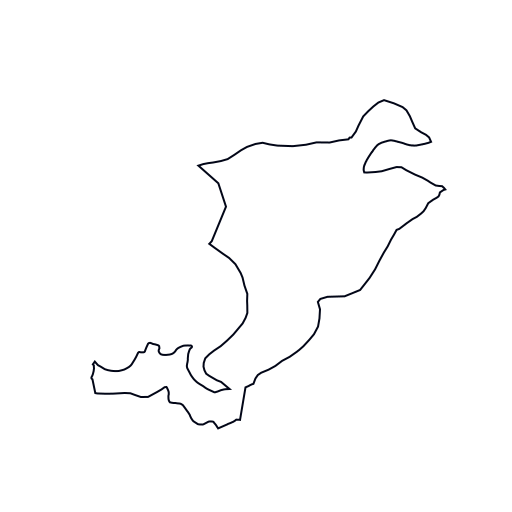 Monchy/La Borne, Dauphin, Saint Lucia (Natural Earth projection), rotated 310°
{"feature_id": "8701671B33864037616544", "entity_name": "Monchy/La Borne", "entity_type": "district", "adm_level": 2, "iso_a3": "LCA", "parent_name": "Saint Lucia", "parent_adm1": "Dauphin", "projection": "natural_earth1", "projection_center": [-60.921, 14.047], "detail": "fine", "context": "isolated", "style": "outline", "palette": "ink", "viewbox_px": 512, "rotation_deg": 310, "n_neighbors": 0, "source": "geoboundaries", "source_scale": "gbopen_adm2", "svg_char_len": 6048}
<svg xmlns="http://www.w3.org/2000/svg" viewBox="0 0 512 512"><g transform="rotate(310 256 256)"><path d="M47.7,221.0L48.7,222.8L53.7,229.2L58.4,234.7L63.1,239.7L66.6,243.4L70.1,248.0L71.7,252.5L74.0,258.5L78.7,263.9L88.1,267.6L93.1,269.4L96.7,270.3L98.1,271.6L97.9,272.3L97.5,273.3L97.2,273.8L96.8,274.7L96.3,275.6L95.7,276.5L95.1,277.1L93.9,278.1L92.9,278.6L92.2,279.1L91.6,279.6L91.0,280.2L90.4,280.7L89.8,281.4L89.2,282.3L88.8,283.2L88.6,284.2L89.0,284.9L89.4,285.7L90.5,287.5L91.6,288.8L92.6,290.5L94.0,292.5L94.4,293.4L94.6,294.4L94.7,295.6L94.7,296.3L94.4,297.2L94.2,298.2L93.9,299.4L93.3,301.7L93.0,302.8L92.8,303.9L92.2,305.9L92.0,306.5L91.7,307.4L91.0,308.6L90.7,309.3L90.1,310.6L89.3,313.3L89.2,314.4L89.3,315.2L89.5,317.0L89.7,318.0L89.7,319.2L90.1,320.1L91.0,321.5L91.6,322.1L92.3,323.1L92.9,323.7L94.1,324.3L94.9,324.6L96.1,325.1L98.1,325.9L99.0,326.4L99.5,326.9L100.3,327.8L101.2,329.1L101.6,330.0L101.3,331.1L100.9,333.5L100.5,334.9L100.1,336.0L99.9,336.9L99.6,337.8L108.7,342.3L109.4,342.5L110.4,343.1L111.3,343.6L112.5,344.2L113.4,344.6L114.3,345.1L116.5,345.8L117.3,345.9L118.0,346.1L118.3,346.6L118.7,347.1L119.8,348.4L120.2,349.1L148.6,332.4L149.2,332.7L149.7,332.9L150.2,333.2L150.4,333.3L150.8,333.5L152.1,334.1L152.5,334.2L152.7,334.3L153.3,334.5L153.5,334.6L154.1,334.9L154.6,335.1L155.2,335.4L155.9,335.9L156.4,336.2L161.8,334.3L166.0,333.9L169.9,335.0L177.0,338.7L184.2,341.5L192.5,343.4L200.4,346.6L209.1,348.9L210.7,349.2L211.4,349.4L217.3,350.3L225.8,350.7L233.3,350.7L241.8,348.9L248.9,344.8L256.3,339.3L260.6,332.9L264.5,332.9L270.7,337.0L282.1,349.8L296.9,357.6L312.1,357.1L322.3,355.8L332.0,353.5L341.0,351.7L348.0,350.7L355.4,348.9L360.9,348.0L366.4,346.9L368.8,348.3L378.1,350.4L384.9,352.2L389.3,354.0L394.8,355.2L398.0,355.6L401.8,355.2L407.2,354.0L413.0,355.5L416.6,356.9L418.8,357.5L420.2,357.3L420.8,357.0L421.0,357.0L422.9,356.0L427.1,357.2L428.6,358.2L429.0,356.2L429.1,353.7L427.3,351.2L425.5,348.3L424.4,342.3L424.1,339.3L422.9,332.9L420.6,325.6L418.3,315.9L417.5,310.4L414.5,306.5L408.6,302.4L401.7,297.8L397.2,293.6L391.2,287.3L389.6,285.2L390.3,284.2L390.5,283.9L390.8,283.5L391.4,283.0L391.7,282.6L392.3,282.3L392.8,281.9L393.6,281.4L394.1,281.2L394.6,280.9L395.0,280.8L395.7,280.6L395.9,280.4L396.3,280.4L396.9,280.2L397.3,280.0L397.6,280.0L398.7,279.6L399.0,279.6L399.3,279.5L399.6,279.5L401.0,279.1L402.7,278.9L403.1,278.8L403.4,278.7L404.6,278.6L405.7,278.4L406.0,278.4L406.3,278.4L406.7,278.3L407.1,278.3L407.7,278.2L408.2,278.1L408.6,278.1L409.3,278.0L409.9,278.1L410.2,277.9L411.0,278.0L411.6,277.9L412.0,277.9L412.6,277.7L412.9,277.7L413.7,277.7L414.8,277.7L415.2,277.6L419.0,277.7L419.2,277.8L419.6,277.8L420.0,278.0L420.3,278.1L420.6,278.1L420.9,278.2L421.3,278.4L421.5,278.5L422.2,278.8L422.9,279.1L423.6,279.4L424.5,280.0L424.8,280.2L426.1,281.0L426.6,281.3L427.2,281.8L428.5,282.6L430.2,283.9L430.7,284.4L430.9,284.5L431.5,285.2L432.1,286.1L432.2,286.4L432.4,286.6L432.7,287.2L432.9,287.5L433.1,287.8L433.2,288.1L433.4,288.4L433.6,289.0L434.1,289.9L434.2,290.2L434.4,290.5L434.6,291.2L434.8,291.4L434.9,291.7L435.7,293.3L435.8,293.6L436.2,294.3L436.3,294.6L436.6,295.2L437.2,296.7L437.4,297.2L437.5,297.7L437.9,298.6L438.2,299.4L438.4,299.9L439.4,301.9L439.6,302.4L440.0,302.9L440.2,303.3L440.6,303.9L440.7,304.2L441.1,304.6L441.4,304.9L441.5,305.2L441.7,305.4L441.9,305.6L442.0,305.9L442.6,306.6L442.9,306.9L443.4,307.5L443.9,308.0L444.4,308.3L444.7,308.6L444.9,308.8L445.2,309.0L447.3,310.7L448.1,311.3L448.4,311.6L448.7,311.9L449.0,312.0L449.6,312.5L450.3,313.1L451.2,313.7L451.6,314.0L452.5,314.6L452.8,314.9L453.3,315.2L453.8,315.5L454.5,315.9L456.0,316.7L458.1,312.4L458.1,308.3L456.9,302.8L456.1,295.9L459.2,289.5L462.0,284.0L464.3,277.6L464.3,272.6L461.6,263.5L457.7,253.9L452.2,251.1L446.0,249.8L439.0,248.9L431.9,248.4L421.8,250.7L415.5,252.5L408.1,253.0L406.9,251.6L404.8,251.8L398.0,245.4L390.3,239.5L381.9,229.3L373.4,222.8L363.8,213.6L354.3,201.4L350.1,194.5L347.0,188.3L341.5,183.6L333.8,179.0L327.5,176.6L319.6,174.4L312.0,172.0L306.2,168.1L300.0,163.0L296.3,159.6L292.6,156.6L288.2,153.8L287.5,180.4L274.5,201.3L238.9,212.6L235.3,212.4L235.7,219.1L236.5,229.6L237.2,236.7L236.5,245.5L233.1,255.2L230.8,259.6L225.9,266.2L221.4,273.7L215.8,278.1L212.4,281.2L206.8,286.0L201.9,287.8L195.8,289.1L181.2,289.1L172.5,288.2L164.2,286.9L156.7,284.7L150.7,283.4L145.0,282.9L140.5,284.7L137.5,286.9L135.3,290.0L133.8,293.5L134.1,297.0L135.6,305.8L137.1,310.2L137.1,321.2L135.1,319.1L134.9,318.8L133.3,317.3L130.7,315.4L127.5,313.7L126.0,312.7L125.2,312.2L124.8,311.6L123.1,305.3L122.7,303.4L122.5,301.9L122.4,300.0L122.3,298.9L121.7,295.3L121.4,292.6L121.4,291.1L121.5,289.5L121.6,288.2L121.8,287.0L122.5,284.1L123.1,282.2L124.0,280.1L124.8,278.1L125.7,275.9L126.1,275.1L126.5,274.6L127.3,273.7L129.4,272.4L130.6,271.8L131.6,271.2L132.7,270.5L133.7,269.6L135.0,268.7L137.3,267.1L139.8,266.0L142.1,265.2L142.8,265.2L143.5,265.3L144.1,265.4L144.6,265.5L145.1,265.4L145.5,265.1L145.7,264.6L145.7,264.0L145.3,263.3L144.6,262.5L143.4,261.0L141.3,258.7L140.5,258.0L139.4,257.4L137.9,256.6L137.0,256.2L135.6,255.6L134.3,255.3L133.3,255.2L132.4,255.2L131.2,255.4L129.4,255.3L127.8,254.9L126.7,254.4L125.7,253.7L125.0,253.2L122.5,250.8L121.5,249.6L120.5,248.3L120.0,247.3L119.6,246.4L119.6,245.0L119.8,244.2L120.2,243.2L120.5,242.7L121.3,242.0L123.3,241.3L124.0,240.5L124.7,239.7L124.8,238.8L124.5,237.9L123.9,236.5L123.4,235.4L122.6,234.0L122.3,233.4L122.0,232.2L121.7,231.4L121.4,230.7L120.6,230.0L119.5,229.7L115.5,230.8L112.5,231.8L111.5,232.2L110.7,232.2L110.0,231.8L109.6,231.4L108.9,230.6L108.0,229.4L107.6,228.5L107.0,228.0L106.0,227.9L101.8,229.0L98.7,229.6L93.1,230.4L91.5,230.4L89.3,230.0L86.8,229.1L84.4,228.1L82.6,226.9L79.7,224.8L77.8,222.7L76.1,220.5L74.9,218.7L73.3,215.8L72.3,213.4L72.1,212.9L71.4,208.1L70.8,205.2L71.0,203.6L71.5,200.4L68.1,200.7L68.0,201.8L67.7,202.4L67.1,202.8L66.3,203.6L65.6,204.3L64.5,204.9L63.7,205.5L60.6,207.0L58.9,207.6L58.2,207.7L57.2,208.0L56.7,208.4L56.4,208.9L56.4,210.0L47.7,221.0Z" fill="none" stroke="#020617" stroke-width="2"/></g></svg>